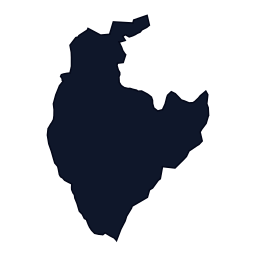 the district of Riyom, Plateau, Nigeria
{"feature_id": "59680162B48237076936000", "entity_name": "Riyom", "entity_type": "district", "adm_level": 2, "iso_a3": "NGA", "parent_name": "Nigeria", "parent_adm1": "Plateau", "projection": "robinson", "projection_center": [8.695, 9.582], "detail": "fine", "context": "isolated", "style": "filled", "palette": "ink", "viewbox_px": 256, "rotation_deg": 0, "n_neighbors": 0, "source": "geoboundaries", "source_scale": "gbopen_adm2", "svg_char_len": 2058}
<svg xmlns="http://www.w3.org/2000/svg" viewBox="0 0 256 256"><path d="M59.4,174.6L60.6,176.7L62.7,178.0L64.6,180.2L68.3,182.2L71.2,183.6L71.8,184.1L71.6,187.5L71.7,189.6L73.1,193.0L74.3,194.6L74.6,196.1L74.7,196.9L74.9,198.2L75.3,199.1L77.1,203.6L79.3,211.1L80.3,212.2L82.3,214.2L83.9,217.5L84.4,218.5L86.4,219.5L88.5,224.9L88.8,225.4L89.5,227.0L91.6,230.2L94.5,233.2L94.6,233.3L97.7,234.0L98.5,234.2L101.6,234.5L102.8,234.7L105.1,232.8L110.1,235.8L112.0,236.8L114.0,237.8L116.0,239.9L116.5,240.6L120.9,229.1L125.1,221.0L126.6,216.2L131.5,208.1L132.1,206.2L147.4,197.3L149.5,189.9L152.6,188.0L158.3,180.2L160.3,178.8L162.5,166.6L175.0,168.0L183.6,159.5L186.4,156.5L189.0,151.0L196.8,145.7L199.0,144.4L202.2,141.0L200.1,132.0L201.8,129.1L206.1,123.4L208.3,116.0L208.6,115.6L208.2,107.7L206.9,104.1L206.8,103.6L207.8,94.7L205.8,91.1L203.1,93.4L200.3,95.7L198.5,98.0L194.8,101.5L192.9,102.7L189.1,102.9L184.2,100.9L181.3,100.0L178.3,96.8L177.3,95.8L175.3,93.7L171.3,91.7L167.6,95.2L166.8,97.4L166.0,100.7L165.1,104.1L162.5,109.7L157.7,111.0L153.8,107.9L152.6,103.6L152.5,100.3L151.4,97.1L149.4,95.5L147.5,94.1L144.1,92.3L141.6,91.0L137.7,91.2L136.7,90.2L132.9,89.3L130.0,88.4L128.0,88.5L124.2,87.6L121.2,85.5L119.2,82.3L119.1,80.2L118.9,76.9L119.8,74.7L119.7,72.5L118.3,70.0L117.0,65.6L117.4,63.2L123.2,62.5L125.7,54.7L124.7,53.6L122.7,50.5L121.6,47.3L120.5,45.1L119.0,41.9L120.4,41.8L125.1,40.5L125.3,40.4L122.7,36.4L125.4,34.7L129.2,36.9L132.6,35.8L135.4,34.5L137.3,33.3L140.1,32.1L142.0,29.8L146.7,27.4L149.4,25.2L147.1,15.4L133.7,20.0L132.9,23.0L113.3,21.9L109.6,34.3L100.6,35.1L88.0,28.4L87.3,30.1L80.2,34.7L79.5,35.2L78.9,35.6L78.2,37.0L75.8,37.6L70.0,45.2L71.3,52.3L71.5,57.5L71.5,66.3L70.9,69.1L70.0,73.0L66.7,73.4L63.5,74.0L61.4,74.7L60.6,76.4L62.2,78.6L62.2,80.2L63.2,81.1L59.5,85.7L57.7,90.2L55.8,94.9L53.4,103.8L54.1,109.7L54.0,115.7L53.5,119.5L51.7,122.9L50.8,124.0L48.5,128.0L48.1,128.5L47.4,135.1L47.8,137.6L48.8,143.8L51.4,151.2L53.5,158.6L54.8,163.0L57.7,166.4L58.3,168.8L59.4,174.6Z" fill="#0f172a" stroke="#020617" stroke-width="1.5"/></svg>